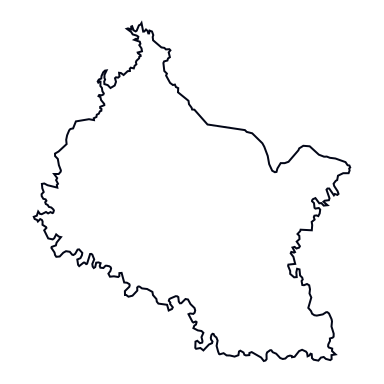 San Pedro el Alto, Oaxaca, Mexico
{"feature_id": "50627088B47026157219910", "entity_name": "San Pedro el Alto", "entity_type": "district", "adm_level": 2, "iso_a3": "MEX", "parent_name": "Mexico", "parent_adm1": "Oaxaca", "projection": "orthographic", "projection_center": [-96.479, 16.023], "detail": "fine", "context": "isolated", "style": "outline", "palette": "ink", "viewbox_px": 384, "rotation_deg": 0, "n_neighbors": 0, "source": "geoboundaries", "source_scale": "gbopen_adm2", "svg_char_len": 5909}
<svg xmlns="http://www.w3.org/2000/svg" viewBox="0 0 384 384"><path d="M349.4,165.5L347.6,165.2L345.5,162.1L335.4,158.5L329.9,157.8L326.8,156.6L324.1,156.7L318.9,154.7L309.7,146.3L303.3,145.8L299.2,148.4L298.4,150.3L288.5,161.8L284.8,163.1L280.7,163.1L277.4,168.5L276.5,171.9L274.9,172.2L272.2,170.7L269.2,164.2L267.7,155.9L264.3,146.8L262.4,143.3L252.2,133.3L246.7,131.9L244.9,130.1L207.5,124.5L194.4,109.7L192.1,109.5L191.6,107.7L189.0,104.2L188.5,100.8L178.0,92.3L178.2,88.1L175.9,87.0L174.9,84.6L172.9,85.0L170.1,82.9L166.1,75.6L166.9,73.6L164.3,71.0L163.4,63.0L164.1,61.4L167.4,60.5L168.0,58.5L169.9,57.2L168.7,52.4L170.4,50.3L169.4,49.2L165.9,49.4L164.4,47.9L161.4,47.4L153.1,40.3L152.7,37.0L153.3,35.1L152.0,31.5L149.6,30.6L149.1,33.4L148.3,33.4L147.5,30.9L146.0,29.5L144.3,31.5L143.2,31.6L141.5,23.0L140.5,24.6L138.9,25.4L136.7,30.7L135.7,31.4L133.6,30.3L132.1,26.2L131.2,26.6L131.2,29.4L128.0,28.4L126.8,28.8L131.2,32.0L132.7,34.4L136.7,35.6L138.3,36.7L137.9,38.8L135.7,38.9L134.2,39.8L139.8,41.7L140.4,43.8L139.3,45.1L141.5,48.4L142.0,51.3L137.7,52.5L138.0,53.3L140.5,55.0L140.7,56.0L139.3,56.7L139.1,58.3L136.5,60.7L135.9,62.2L136.4,64.3L134.6,65.8L133.8,68.4L130.7,67.7L129.8,68.8L129.9,71.0L127.6,71.2L123.6,75.0L120.9,73.0L119.1,72.8L119.5,76.5L118.2,77.6L116.0,77.3L115.0,78.2L116.0,81.8L114.7,85.5L110.5,88.0L107.7,85.1L104.4,84.1L104.2,81.5L105.1,79.5L104.4,77.9L104.5,74.8L106.6,70.4L105.0,70.6L103.2,72.3L101.5,76.1L101.3,78.5L98.8,79.6L97.7,81.5L98.3,82.6L99.6,81.4L100.5,81.6L100.4,86.0L101.9,87.9L102.4,91.3L103.8,93.4L103.4,94.5L101.6,95.3L99.2,95.0L98.5,96.1L100.4,97.2L101.1,100.1L104.2,103.9L104.3,105.2L100.2,106.8L100.2,108.1L101.5,109.0L101.3,110.8L99.9,111.3L98.8,113.7L96.8,114.7L96.4,117.0L93.8,118.2L94.0,120.1L89.0,119.2L75.9,121.4L73.1,128.4L70.4,129.0L69.2,130.3L67.1,135.3L66.2,139.8L66.6,144.1L58.6,151.5L55.0,153.6L55.1,156.1L57.8,158.9L58.9,165.2L60.9,170.4L60.7,171.7L58.7,174.0L54.1,174.0L57.2,178.1L56.1,180.1L58.0,183.8L56.8,185.0L57.3,187.6L47.5,185.2L44.3,183.5L41.9,183.9L42.3,188.3L43.7,192.0L41.6,194.2L41.7,196.1L43.3,198.8L45.6,199.4L46.4,200.8L45.2,202.2L45.8,204.0L47.7,205.0L48.9,206.9L51.3,207.5L53.4,209.5L53.9,210.5L53.2,212.7L52.4,213.1L50.5,212.1L48.1,213.4L46.0,212.0L41.7,214.2L40.0,213.9L38.2,211.5L36.8,215.7L33.8,216.8L34.7,219.0L37.0,219.9L37.9,221.5L40.2,219.1L41.8,219.9L42.6,221.4L42.5,224.8L46.1,227.1L46.4,227.9L44.2,230.3L48.2,238.4L52.7,239.4L54.2,238.3L56.2,234.4L58.8,236.6L61.0,237.1L56.6,242.6L55.9,245.4L51.7,246.9L51.4,247.9L54.5,252.5L55.1,255.1L56.3,256.8L59.7,256.5L63.3,252.7L66.0,251.2L69.8,251.8L72.2,254.7L73.4,255.0L75.2,253.8L77.6,249.6L79.1,249.4L82.3,252.9L81.9,255.3L80.4,258.2L77.3,259.5L78.1,264.8L79.2,266.1L83.6,262.6L84.6,262.6L86.2,264.1L87.1,263.7L90.1,254.0L91.2,253.9L92.3,254.6L94.2,259.4L92.3,264.0L92.7,266.6L93.8,268.0L95.2,267.1L96.2,262.7L98.5,262.4L100.6,263.2L99.7,266.0L100.4,267.7L103.4,268.0L105.5,265.8L106.7,265.7L109.4,266.3L110.7,267.3L111.1,268.5L110.4,271.0L108.4,273.7L110.0,276.7L113.9,276.3L118.2,277.0L119.3,276.1L119.4,273.1L121.6,272.9L124.2,282.5L126.9,282.7L129.3,284.1L129.7,285.1L129.3,286.8L124.9,291.1L125.0,295.0L126.2,295.0L128.5,296.7L132.5,295.7L137.3,290.6L137.2,287.5L138.3,286.5L139.5,286.6L142.0,288.4L147.1,289.0L152.4,291.9L153.0,295.1L156.4,299.0L156.8,301.6L158.4,303.6L167.1,304.8L168.7,310.5L172.0,309.0L172.8,307.3L170.1,303.9L170.3,302.5L168.8,300.8L169.3,299.2L170.3,298.5L175.7,296.2L177.2,296.3L178.3,297.1L178.8,301.6L180.0,303.3L181.3,303.2L185.5,299.0L188.0,299.5L190.5,304.1L194.5,308.0L195.2,310.4L194.6,312.7L193.3,313.9L190.1,313.5L188.5,314.2L192.4,321.7L193.3,322.5L195.8,321.5L196.6,322.1L196.0,324.5L194.3,325.7L193.4,328.1L197.8,330.4L201.5,331.0L203.4,332.8L201.5,337.1L202.5,341.1L202.2,342.6L200.0,343.2L197.3,340.8L195.5,341.6L195.3,347.9L196.1,348.8L200.4,348.0L203.4,350.4L209.0,344.5L212.0,343.2L212.5,341.5L211.1,339.6L210.8,337.8L211.4,335.1L212.5,333.8L213.6,334.0L214.4,335.8L216.4,337.5L217.6,340.6L216.6,345.9L218.1,351.5L219.1,354.0L219.8,354.3L223.6,353.2L226.6,355.4L230.0,355.5L234.6,356.6L238.4,355.2L239.0,351.5L240.3,350.7L243.5,352.5L244.4,354.8L245.9,355.4L249.3,355.1L249.4,353.0L251.7,352.1L261.1,357.5L263.8,361.0L265.5,360.5L266.6,359.1L266.5,354.2L267.1,352.4L270.2,350.2L271.4,350.3L272.7,352.2L276.2,353.7L280.2,358.0L282.8,359.0L285.4,358.5L287.5,356.4L290.0,355.6L291.8,356.0L292.0,357.2L294.6,356.8L299.1,351.1L302.1,349.8L306.0,351.6L307.1,353.1L307.6,356.3L309.3,355.5L310.6,353.7L311.7,354.1L312.0,358.1L313.6,359.7L318.4,360.6L320.9,357.6L323.7,357.0L325.8,358.9L330.3,360.1L331.6,359.1L331.5,355.1L335.6,354.4L332.0,351.0L332.2,348.6L328.8,347.5L328.1,346.3L328.3,344.4L330.0,340.9L329.9,338.5L332.6,337.7L333.6,336.7L333.7,333.7L331.5,326.5L332.0,321.4L331.6,319.3L329.0,313.5L327.4,312.2L326.2,312.2L322.8,314.4L316.8,315.6L314.3,315.2L312.1,313.7L311.0,311.0L308.3,307.9L311.3,297.5L309.5,293.5L310.0,289.3L309.2,285.3L307.0,284.0L304.0,285.2L302.3,285.0L301.6,281.0L302.7,279.5L302.2,277.6L300.1,275.5L299.5,269.4L297.1,268.8L296.3,272.3L296.7,277.1L294.1,277.3L290.2,273.9L290.2,271.0L288.1,265.9L288.4,264.6L295.2,263.9L293.4,256.8L290.7,253.3L291.3,251.9L294.0,252.6L295.0,252.1L292.5,247.5L294.6,246.9L296.5,248.5L299.1,247.6L299.9,246.2L296.7,241.6L299.5,239.1L299.3,235.8L297.5,234.0L300.2,231.1L300.6,229.7L311.8,230.3L312.2,225.1L311.7,221.9L314.6,219.6L313.8,217.1L314.4,215.7L316.5,215.4L318.3,216.1L319.7,213.4L320.2,209.6L318.8,208.0L315.4,208.6L314.5,207.8L314.0,203.1L312.0,201.2L312.1,200.3L312.9,199.2L315.4,198.1L319.3,203.3L321.4,203.1L323.7,205.6L327.5,205.2L323.5,201.7L324.7,200.7L328.9,200.2L329.5,198.3L326.5,189.7L327.5,188.5L329.2,188.5L333.9,195.3L334.8,194.0L337.4,194.9L338.5,193.9L337.6,191.2L334.2,186.0L333.6,183.7L335.7,180.9L337.2,180.0L338.0,175.7L343.2,173.2L348.6,173.2L349.6,170.5L349.2,168.5L350.2,167.5L349.4,165.5Z" fill="none" stroke="#020617" stroke-width="2"/></svg>